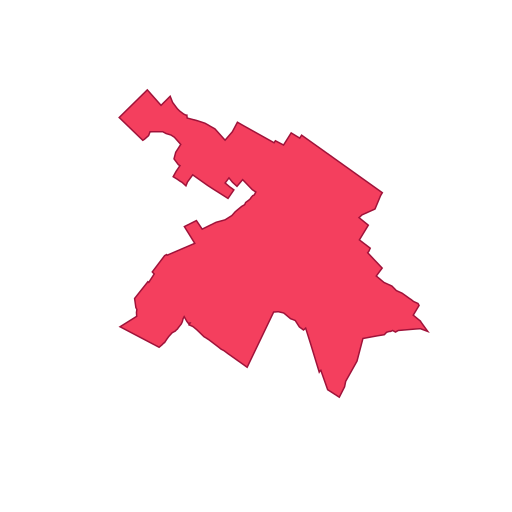 outline of Sanahcat, Yucatán, Mexico, rotated 29°
{"feature_id": "50627088B45339829502466", "entity_name": "Sanahcat", "entity_type": "district", "adm_level": 2, "iso_a3": "MEX", "parent_name": "Mexico", "parent_adm1": "Yucatán", "projection": "robinson", "projection_center": [-89.213, 20.761], "detail": "fine", "context": "isolated", "style": "filled", "palette": "rose", "viewbox_px": 512, "rotation_deg": 29, "n_neighbors": 0, "source": "geoboundaries", "source_scale": "gbopen_adm2", "svg_char_len": 2471}
<svg xmlns="http://www.w3.org/2000/svg" viewBox="0 0 512 512"><g transform="rotate(29 256 256)"><path d="M442.8,238.7L438.7,236.8L432.5,233.9L431.4,233.2L428.0,232.6L427.9,232.6L422.2,231.5L422.6,220.2L420.7,219.0L415.9,219.4L412.8,218.9L410.4,218.7L401.8,217.7L395.5,218.2L389.5,216.4L380.8,217.1L370.9,215.2L372.2,205.4L360.8,201.8L352.1,199.0L352.4,197.2L352.1,193.8L338.6,191.8L339.3,174.6L327.5,172.5L328.8,168.6L337.3,157.2L335.7,142.9L335.7,142.6L335.7,142.4L335.8,139.4L237.3,128.2L237.1,131.7L227.1,131.3L226.3,145.6L217.1,145.8L216.9,148.2L182.6,148.1L174.9,148.0L175.1,158.8L172.8,169.7L158.4,164.7L153.3,164.7L150.5,164.6L147.0,164.6L139.6,166.0L128.9,168.7L127.2,166.3L126.5,166.8L123.8,166.9L118.9,166.2L115.7,165.3L108.6,162.1L103.5,157.9L99.9,170.3L80.4,163.4L69.2,201.2L100.9,209.7L101.9,207.8L103.7,202.8L103.1,198.7L114.2,192.5L117.9,192.5L123.0,191.4L127.1,191.7L136.1,194.9L135.5,204.2L137.2,210.8L139.9,212.0L143.9,213.8L145.7,213.8L145.1,220.7L145.1,226.8L149.8,227.0L153.5,227.4L155.6,227.4L160.7,228.6L160.2,224.4L161.3,215.7L179.1,217.7L186.1,218.2L191.6,218.5L203.6,219.2L204.0,215.3L204.6,208.9L201.6,208.5L199.6,208.3L193.6,207.1L194.5,200.8L199.7,202.9L205.6,204.3L207.3,195.7L220.7,199.8L224.8,200.1L224.9,203.4L223.9,204.8L223.3,207.4L223.4,208.4L222.6,210.7L221.0,214.2L221.2,216.6L219.4,219.6L216.4,227.3L215.3,232.3L211.4,239.4L204.8,245.8L195.9,258.6L186.7,253.9L179.1,265.0L196.3,274.6L177.9,298.4L177.1,298.1L175.9,300.0L173.0,320.2L175.7,321.1L175.0,331.1L173.9,330.9L170.4,352.0L175.9,359.3L177.7,360.5L178.8,363.3L180.9,366.6L171.4,383.8L215.5,382.8L217.0,378.8L217.5,376.7L218.0,376.3L218.3,372.2L218.7,368.8L219.9,363.7L221.8,360.8L222.2,359.1L222.7,358.0L222.8,356.5L223.6,351.6L223.4,349.2L222.6,346.1L222.6,343.9L227.2,346.7L229.5,347.7L230.8,346.7L230.7,348.7L231.1,348.7L231.3,348.6L234.8,348.3L235.9,348.4L240.0,349.2L242.7,349.9L246.7,351.0L249.6,351.8L253.5,351.9L253.5,352.0L255.5,352.1L256.9,352.3L267.8,353.9L270.5,354.4L273.8,354.3L278.8,355.0L302.2,357.6L298.6,296.5L302.5,293.9L307.8,292.4L309.6,292.7L316.7,294.1L319.0,293.7L321.6,293.4L328.3,297.0L333.4,297.7L334.4,295.0L346.3,306.3L367.6,326.9L367.7,325.3L368.1,324.5L383.5,338.2L397.3,339.1L396.9,327.5L395.2,322.1L395.3,299.0L389.5,276.3L400.7,267.1L406.4,262.6L407.2,259.4L408.9,257.6L410.3,256.7L411.6,254.9L414.9,254.9L416.5,252.2L431.1,242.4L431.3,242.3L431.7,242.0L435.0,239.9L442.8,238.7Z" fill="#f43f5e" stroke="#9f1239" stroke-width="1.5"/></g></svg>